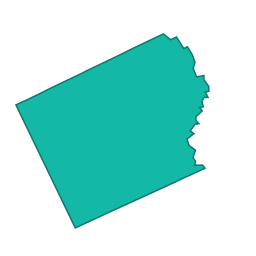 Ashley, Arkansas, United States of America (Equal Earth projection), rotated 154°
{"feature_id": "52423323B23715920537836", "entity_name": "Ashley", "entity_type": "district", "adm_level": 2, "iso_a3": "USA", "parent_name": "United States of America", "parent_adm1": "Arkansas", "projection": "equal_earth", "projection_center": [-91.919, 33.202], "detail": "fine", "context": "isolated", "style": "filled", "palette": "teal", "viewbox_px": 256, "rotation_deg": 154, "n_neighbors": 0, "source": "geoboundaries", "source_scale": "gbopen_adm2", "svg_char_len": 768}
<svg xmlns="http://www.w3.org/2000/svg" viewBox="0 0 256 256"><g transform="rotate(154 128 128)"><path d="M55.1,197.1L86.6,197.4L87.1,197.4L107.2,197.3L139.5,197.6L144.7,197.4L173.7,197.7L174.0,197.7L176.4,197.7L178.7,197.7L186.6,197.7L188.6,197.6L192.0,197.6L208.0,197.6L210.9,197.8L218.6,197.9L219.2,61.3L179.3,60.5L107.9,58.7L103.0,58.7L76.4,58.1L77.2,61.9L84.4,65.3L81.9,68.4L82.6,72.9L77.1,78.4L80.8,85.7L79.8,92.3L71.2,94.0L73.4,98.1L66.2,101.9L62.4,100.8L63.7,105.1L61.9,108.4L53.8,110.8L54.6,115.0L51.0,114.1L50.0,119.4L46.3,122.1L42.7,120.4L42.9,126.3L39.2,125.6L37.2,130.0L38.6,138.0L36.8,141.9L44.0,143.9L43.3,152.9L39.1,157.6L38.1,165.5L39.0,175.0L43.0,175.0L44.6,188.6L51.0,188.6L55.1,197.1Z" fill="#14b8a6" stroke="#0f766e" stroke-width="1.5"/></g></svg>